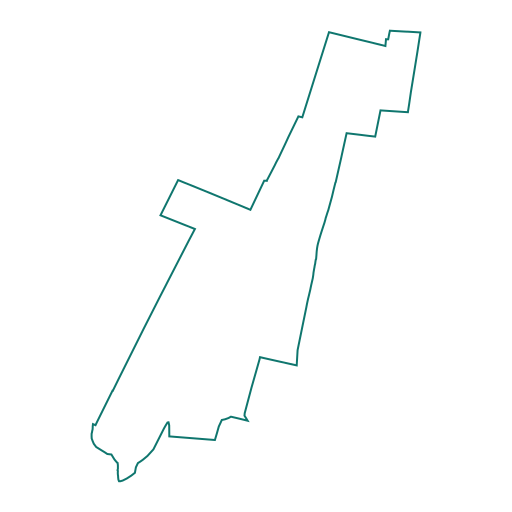 outline of Independenta, Calarasi, Romania
{"feature_id": "2599482B9869535617898", "entity_name": "Independenta", "entity_type": "district", "adm_level": 2, "iso_a3": "ROU", "parent_name": "Romania", "parent_adm1": "Calarasi", "projection": "robinson", "projection_center": [27.18, 44.323], "detail": "fine", "context": "isolated", "style": "outline", "palette": "teal", "viewbox_px": 512, "rotation_deg": 0, "n_neighbors": 0, "source": "geoboundaries", "source_scale": "gbopen_adm2", "svg_char_len": 2628}
<svg xmlns="http://www.w3.org/2000/svg" viewBox="0 0 512 512"><path d="M407.9,112.2L408.0,111.4L409.1,104.4L409.9,98.9L410.9,92.0L414.3,71.1L417.4,51.9L419.7,37.0L420.4,32.6L420.4,32.4L419.9,32.4L418.0,32.3L408.3,31.7L405.3,31.6L391.3,30.8L389.9,30.7L389.3,33.5L389.0,35.0L388.9,35.6L388.2,39.3L387.1,39.3L386.0,39.2L385.7,42.6L385.4,46.0L368.8,41.9L357.2,39.1L329.0,32.2L318.0,67.2L302.3,117.3L298.4,116.4L291.6,130.4L288.4,137.0L286.3,141.6L284.2,146.1L281.3,152.2L278.4,158.4L278.2,158.6L276.3,162.1L274.6,165.6L271.9,170.8L267.1,180.0L266.9,180.2L266.8,180.3L266.7,180.5L266.8,180.6L266.8,180.8L264.2,180.7L250.4,209.8L231.9,202.1L213.3,194.4L195.7,187.2L183.0,182.1L178.7,180.3L178.1,180.1L160.5,215.3L194.9,229.0L188.6,241.0L166.9,283.2L166.2,284.6L160.0,296.6L143.7,328.7L118.9,378.4L112.8,390.8L112.5,390.7L97.0,422.0L95.5,425.2L93.0,424.1L92.9,424.7L92.8,425.5L92.7,426.8L92.7,427.4L92.6,429.3L92.2,431.0L91.9,432.8L91.7,433.2L91.6,434.2L91.6,436.4L91.7,438.5L92.7,441.2L93.8,443.8L95.0,445.4L96.2,447.0L101.8,450.5L104.6,452.2L107.3,454.0L111.4,454.5L114.4,459.4L115.7,461.0L117.1,462.6L117.6,462.9L117.8,464.4L117.9,465.8L117.9,468.9L117.5,470.2L117.7,470.6L117.9,470.9L117.8,472.2L117.8,473.5L117.9,474.8L118.1,476.1L118.1,477.0L118.2,478.0L118.3,478.8L118.4,479.6L118.7,480.4L119.0,481.2L119.5,481.2L120.0,481.3L122.6,480.6L126.4,478.7L126.8,478.5L131.3,475.6L133.1,474.2L134.9,472.8L135.4,470.1L135.9,467.3L136.9,465.2L137.9,463.1L140.4,461.5L142.8,459.8L145.1,457.9L147.4,456.0L150.4,452.7L153.4,449.4L158.7,438.9L164.0,428.4L165.7,425.4L167.5,422.5L168.5,422.3L168.9,423.9L169.2,425.5L169.3,436.4L192.1,438.2L214.9,440.0L216.9,433.3L218.8,426.5L220.3,423.3L221.8,420.0L223.6,419.6L225.0,419.3L228.6,418.0L230.9,416.7L231.4,416.8L239.5,418.7L247.6,420.7L246.1,418.2L244.5,415.7L244.6,414.4L244.7,413.2L248.1,400.4L251.5,387.6L255.5,373.6L259.5,359.5L260.0,357.2L278.3,361.3L296.7,365.4L297.6,350.1L302.3,327.0L306.3,307.5L307.0,303.8L308.1,298.7L308.9,295.5L309.6,292.5L310.2,290.0L311.2,285.1L312.3,280.3L312.7,278.6L313.0,276.8L313.3,274.8L313.5,272.7L313.9,270.3L314.3,268.0L314.4,267.6L314.7,265.7L315.2,263.5L315.4,261.8L315.7,260.0L315.8,259.5L316.0,259.3L316.1,259.1L316.4,255.6L316.7,251.3L317.1,248.0L317.5,245.7L318.0,243.5L318.7,241.0L319.6,237.9L320.5,234.9L321.2,232.7L321.9,230.5L323.7,225.0L324.4,222.9L325.0,220.8L325.4,219.4L325.7,218.0L326.4,215.9L327.3,213.0L328.3,210.1L330.1,203.5L331.9,197.0L333.6,189.8L335.4,182.6L335.7,182.2L341.3,157.4L342.0,154.1L346.6,133.2L360.9,134.9L368.1,135.8L375.2,136.6L380.5,110.4L403.1,111.9L407.9,112.2Z" fill="none" stroke="#0f766e" stroke-width="2"/></svg>